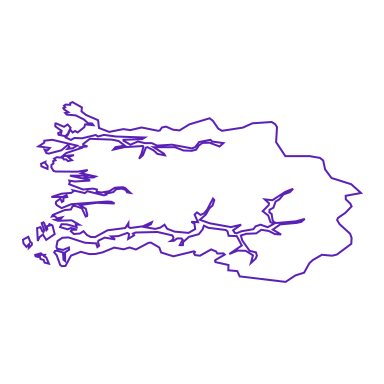 the border of Sogn og Fjordane
{"feature_id": "NOR-915", "entity_name": "Sogn og Fjordane", "entity_type": "County", "adm_level": 1, "iso_a3": "NOR", "parent_name": "Norway", "parent_adm1": "", "projection": "robinson", "projection_center": [5.843, 61.458], "detail": "fine", "context": "isolated", "style": "outline", "palette": "violet", "viewbox_px": 384, "rotation_deg": 0, "n_neighbors": 0, "source": "natural_earth", "source_scale": "10m", "svg_char_len": 5876}
<svg xmlns="http://www.w3.org/2000/svg" viewBox="0 0 384 384"><path d="M65.5,265.9L62.0,266.2L60.2,265.0L56.7,255.3L54.2,252.4L55.0,251.0L57.0,250.7L63.0,252.5L63.5,259.8L65.2,261.1L65.0,252.4L69.1,249.8L68.9,247.5L63.1,249.9L57.1,248.7L56.4,246.8L57.5,241.0L62.3,237.8L68.5,237.4L84.8,242.7L96.1,243.4L97.4,247.1L99.1,245.7L98.0,242.2L98.5,240.6L104.7,237.6L115.1,239.4L111.2,236.4L118.3,236.1L127.5,232.9L129.1,234.1L128.2,238.9L134.1,235.3L132.9,233.6L135.8,232.5L157.5,232.0L172.3,235.4L173.4,237.4L173.0,239.5L170.8,241.0L173.8,240.8L177.3,238.4L181.6,238.5L182.7,239.8L179.8,245.1L181.3,245.2L182.9,245.1L183.1,242.1L188.9,236.9L198.8,234.2L202.5,229.6L203.9,225.7L208.3,227.8L225.7,230.0L227.5,231.3L228.6,235.8L236.8,236.1L241.8,245.5L229.3,254.0L237.7,250.6L245.7,250.8L253.0,255.3L250.9,263.0L255.6,258.7L256.9,255.6L255.9,252.4L249.6,250.8L242.2,240.4L240.9,235.5L246.3,233.8L256.2,233.4L261.3,229.8L268.9,231.0L274.9,234.1L281.1,234.5L272.8,229.6L280.2,224.4L296.7,222.9L301.2,221.9L304.8,218.9L296.1,221.3L276.6,223.0L273.8,222.1L272.6,220.2L271.6,213.9L269.4,212.4L269.5,209.8L273.4,207.7L275.6,201.5L279.3,199.4L283.5,194.4L289.8,192.2L293.1,188.8L285.4,191.8L272.4,200.2L264.8,199.4L269.0,203.3L268.7,205.1L262.7,211.2L268.2,215.5L270.5,222.1L273.9,223.8L267.7,227.2L260.5,224.7L255.6,226.3L253.4,229.2L241.7,231.2L236.5,233.3L234.8,232.9L233.1,230.3L241.1,224.7L231.0,227.1L209.8,223.3L199.9,219.8L205.9,214.5L209.3,208.4L212.5,205.5L214.3,200.1L213.0,198.6L207.1,209.7L204.0,213.4L200.5,214.9L197.0,212.4L194.6,214.6L198.0,222.2L191.3,221.8L194.4,223.7L195.2,229.1L188.5,232.9L174.5,231.6L167.2,228.8L164.5,224.7L160.4,227.6L155.2,228.9L144.8,227.1L151.0,224.2L151.8,222.2L142.9,226.3L130.3,228.0L128.4,226.9L128.4,223.1L125.3,228.0L107.5,230.3L95.1,237.1L90.8,237.0L86.9,235.0L83.5,231.2L80.0,233.5L73.9,234.0L70.8,231.2L71.7,229.9L77.1,229.6L71.0,228.0L67.6,229.3L60.1,227.1L61.5,224.2L67.0,224.4L76.6,227.1L75.9,224.7L79.2,224.7L71.6,220.3L58.0,220.8L55.1,219.8L60.9,218.7L62.1,217.3L57.3,218.4L54.5,216.0L51.9,216.5L52.8,214.9L64.9,210.0L70.9,209.5L72.6,206.2L74.8,205.8L81.9,208.3L85.7,216.5L87.0,216.1L87.3,214.6L85.8,208.8L79.8,205.1L96.8,202.8L114.6,203.5L111.5,201.8L107.3,201.5L71.3,204.2L61.6,208.1L56.8,205.2L55.8,203.5L56.1,201.7L60.3,198.6L62.0,202.0L63.4,201.0L63.4,197.7L67.2,197.0L66.5,195.3L62.8,196.9L51.4,197.0L61.5,193.7L71.3,192.9L73.6,191.2L72.9,190.3L84.9,193.1L87.4,191.2L104.0,195.4L106.3,194.6L105.7,193.7L113.3,192.1L116.2,189.2L121.9,188.6L125.6,189.9L127.2,192.4L130.4,192.9L125.0,187.9L122.8,187.2L115.0,187.7L109.2,191.2L101.6,192.5L96.6,191.8L96.9,189.5L92.9,188.6L83.0,189.5L69.1,184.2L69.8,182.3L69.3,180.6L74.9,181.5L89.3,180.6L89.3,179.8L69.9,175.7L87.4,175.7L84.9,177.3L93.4,177.5L95.6,176.5L81.2,173.3L87.7,170.0L77.5,171.7L55.7,171.5L53.5,170.9L51.3,167.2L51.5,164.8L53.5,163.5L53.1,161.2L55.5,160.2L54.1,158.7L56.8,157.2L63.0,157.8L63.7,159.4L66.1,159.4L68.0,161.1L71.9,160.2L68.1,157.1L74.0,155.1L62.4,156.2L66.1,153.1L81.3,148.0L80.1,147.2L87.5,146.4L83.3,145.2L83.2,144.0L89.9,138.8L111.6,139.6L118.6,141.0L124.7,145.6L115.4,147.2L113.4,149.6L124.0,147.2L142.9,146.0L143.4,146.9L141.6,153.5L139.1,158.7L143.0,155.1L145.8,147.7L147.6,147.2L153.7,150.4L157.4,153.9L164.9,155.3L164.0,153.7L153.6,147.2L175.0,147.2L183.5,150.5L191.8,150.8L196.1,149.7L198.8,145.6L202.4,142.9L209.5,142.7L219.6,146.5L223.4,143.1L212.0,141.5L210.5,139.8L199.2,142.0L195.1,147.2L192.0,148.4L172.0,144.7L157.1,145.6L151.7,143.1L144.8,143.1L137.9,141.5L130.4,144.7L123.5,140.7L123.5,139.8L142.2,139.1L144.8,137.5L115.8,136.5L104.0,134.9L97.9,136.5L95.8,135.0L82.0,138.3L74.4,138.0L70.9,139.9L65.7,137.5L68.2,134.2L69.5,131.0L70.9,130.4L72.6,132.5L75.1,131.0L77.6,132.5L84.3,127.2L85.1,124.4L93.4,125.2L92.1,123.5L87.9,123.2L84.0,119.5L75.8,115.4L66.8,114.6L65.2,113.0L68.3,112.2L64.1,109.4L63.3,108.1L65.2,107.3L64.0,105.7L65.6,104.6L70.2,104.8L70.2,103.2L72.4,102.1L81.9,107.4L81.5,111.4L85.9,114.9L98.1,120.2L99.0,128.0L109.2,131.9L123.4,129.1L130.2,130.1L141.6,127.5L158.1,130.8L159.8,130.5L161.9,127.5L166.0,126.6L173.1,129.7L179.5,130.4L189.5,124.3L209.6,118.3L212.9,120.8L218.2,128.6L222.0,130.8L242.9,127.6L252.4,123.3L271.7,122.0L275.1,124.1L277.0,127.1L276.1,142.1L285.3,156.1L309.5,156.1L319.9,157.9L323.2,160.5L325.1,169.4L331.5,178.0L351.2,184.2L361.0,193.0L345.7,195.8L345.8,199.3L350.4,203.7L351.6,206.4L345.3,212.9L338.0,217.9L337.1,220.0L339.6,224.2L350.1,233.7L351.6,237.9L351.3,243.8L337.0,254.5L332.2,255.7L321.9,254.8L312.7,260.1L309.4,263.2L304.1,272.7L295.4,275.4L285.6,281.9L239.7,276.4L237.3,271.1L228.3,270.3L228.5,265.0L215.4,262.1L215.0,260.6L216.1,259.6L224.7,254.6L223.5,253.4L217.3,253.5L216.1,251.5L211.2,249.4L200.0,255.7L195.1,255.1L194.0,253.6L195.0,252.0L193.9,251.3L173.4,256.3L161.1,252.5L159.3,247.5L150.9,242.6L148.6,242.8L135.9,249.5L129.5,247.5L123.7,249.3L114.2,247.6L102.5,252.4L95.3,254.0L89.2,254.1L80.8,251.8L71.0,255.6L65.5,265.9ZM44.3,140.7L52.3,139.8L77.0,145.6L72.8,148.3L67.4,148.9L69.3,146.9L68.1,144.7L61.4,150.3L48.8,153.6L46.4,153.1L44.7,149.8L47.4,150.5L49.8,148.0L38.5,146.4L44.2,142.7L44.3,140.7ZM52.4,225.4L54.7,234.1L46.2,239.9L42.9,234.5L39.4,237.3L37.8,241.0L37.1,228.2L40.4,227.1L42.3,231.2L43.4,232.1L44.2,230.3L41.7,223.1L43.4,222.3L44.3,223.4L46.4,230.2L47.4,229.1L46.8,226.3L50.0,225.4L48.7,223.8L52.4,225.4ZM67.7,124.5L70.6,127.8L67.9,133.7L65.4,136.2L58.6,134.8L58.1,133.2L60.0,132.2L61.1,133.2L61.7,130.9L55.3,126.4L55.4,123.5L56.1,123.4L64.0,126.8L67.7,124.5ZM30.2,241.7L31.9,243.2L31.8,244.9L28.8,247.9L29.0,244.2L26.4,246.9L23.5,243.4L23.0,239.7L28.3,236.8L30.2,241.7ZM46.3,257.5L48.9,263.7L44.6,262.6L43.6,259.9L40.5,259.0L39.7,256.0L38.2,257.0L35.6,256.3L35.2,254.9L40.8,253.3L41.4,253.8L39.7,254.9L45.0,254.9L44.2,256.3L46.3,257.5ZM41.4,166.3L41.1,163.8L45.4,161.8L45.2,163.1L47.6,166.1L47.5,168.9L41.4,166.3Z" fill="none" stroke="#5b21b6" stroke-width="2"/></svg>